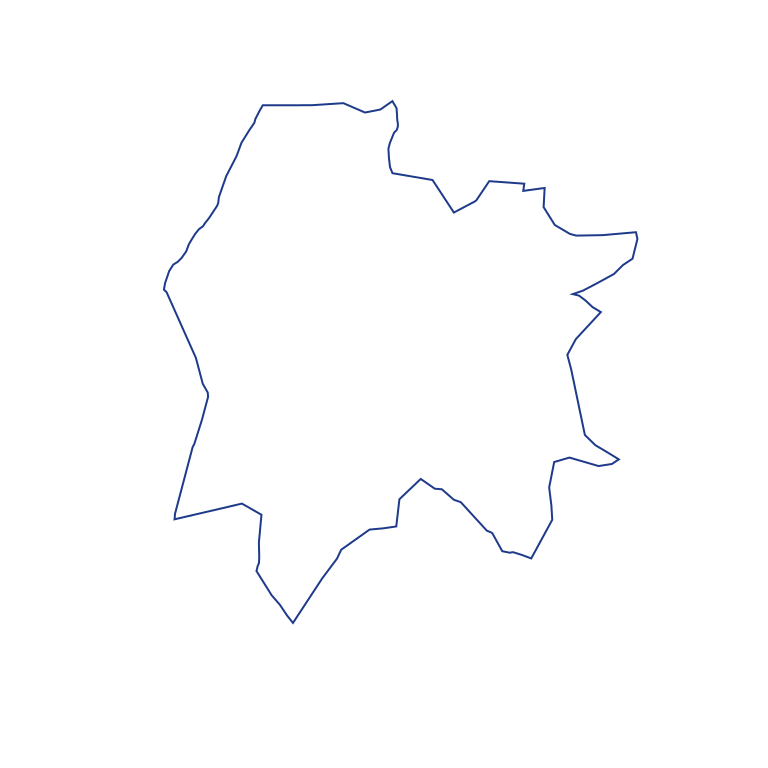 outline of Yabo, Sokoto, Nigeria, rotated 298°
{"feature_id": "59680162B68131021355449", "entity_name": "Yabo", "entity_type": "district", "adm_level": 2, "iso_a3": "NGA", "parent_name": "Nigeria", "parent_adm1": "Sokoto", "projection": "albers", "projection_center": [4.952, 12.773], "detail": "fine", "context": "isolated", "style": "outline", "palette": "blue", "viewbox_px": 768, "rotation_deg": 298, "n_neighbors": 0, "source": "geoboundaries", "source_scale": "gbopen_adm2", "svg_char_len": 1750}
<svg xmlns="http://www.w3.org/2000/svg" viewBox="0 0 768 768"><g transform="rotate(298 384 384)"><path d="M130.3,415.8L183.4,420.7L207.9,424.5L217.6,424.0L248.7,439.6L256.2,451.1L264.0,461.7L289.5,451.7L317.4,461.0L315.4,478.0L318.2,484.5L316.0,494.0L314.6,500.0L315.7,507.3L302.8,543.6L303.2,547.6L303.1,549.7L291.9,566.9L294.0,574.1L296.1,576.9L297.8,586.0L299.1,595.9L343.1,596.3L355.2,588.9L370.2,578.4L395.0,570.9L406.1,582.3L412.3,612.0L420.4,622.8L427.7,626.7L428.4,615.7L429.2,599.3L433.3,585.3L484.8,542.4L495.8,532.2L513.7,532.3L549.3,541.7L549.8,532.0L552.3,522.8L553.6,514.7L552.0,508.5L559.8,515.8L572.4,524.4L589.1,535.4L601.1,539.1L611.3,544.6L631.0,539.7L636.3,535.2L618.1,507.2L605.3,484.1L603.8,477.7L604.6,460.1L615.1,441.9L632.5,433.8L619.9,416.3L626.7,413.8L612.5,381.7L589.6,379.3L588.0,378.6L568.2,365.2L586.9,331.1L574.1,292.5L578.3,287.5L585.8,282.3L593.9,277.4L599.8,276.0L610.7,274.9L614.3,276.0L618.0,275.3L620.6,273.9L623.0,272.0L625.5,270.4L627.2,269.5L633.4,265.6L637.7,258.6L624.6,251.9L614.8,239.8L612.9,216.3L596.1,189.1L573.2,146.1L567.0,145.9L557.8,146.0L553.7,146.9L544.8,145.9L530.0,144.9L516.3,146.8L510.7,146.9L493.5,147.1L471.4,150.5L466.2,152.6L463.0,153.0L448.2,151.6L441.9,150.4L438.2,150.1L434.1,148.0L427.8,146.8L422.0,146.4L415.8,146.1L408.1,147.1L400.2,146.1L395.0,144.5L390.5,141.9L382.7,141.3L377.4,142.2L370.4,143.3L364.0,145.4L363.0,148.9L318.7,205.7L299.1,223.9L293.7,232.4L290.1,234.7L267.2,240.0L241.9,244.7L238.7,244.6L171.8,260.3L171.5,260.3L166.5,262.5L166.2,262.6L211.7,314.7L211.0,337.2L195.0,343.9L185.2,348.0L173.5,354.6L170.6,356.1L167.0,357.7L164.1,357.9L159.0,359.2L151.0,373.1L144.7,384.0L140.2,395.7L134.0,407.3L130.3,415.8Z" fill="none" stroke="#1e3a8a" stroke-width="2"/></g></svg>